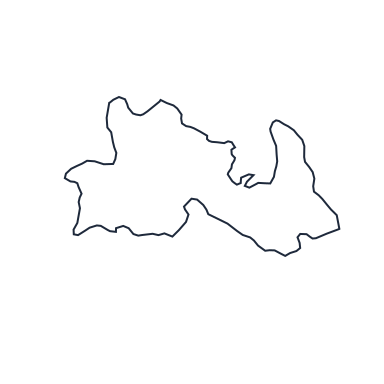 Pohang-si, North Gyeongsang, South Korea, rotated 321°
{"feature_id": "91817680B48442195707238", "entity_name": "Pohang-si", "entity_type": "district", "adm_level": 2, "iso_a3": "KOR", "parent_name": "South Korea", "parent_adm1": "North Gyeongsang", "projection": "orthographic", "projection_center": [129.325, 36.079], "detail": "fine", "context": "isolated", "style": "outline", "palette": "slate", "viewbox_px": 384, "rotation_deg": 321, "n_neighbors": 0, "source": "geoboundaries", "source_scale": "gbopen_adm2", "svg_char_len": 2237}
<svg xmlns="http://www.w3.org/2000/svg" viewBox="0 0 384 384"><g transform="rotate(321 192 192)"><path d="M183.8,70.6L172.4,80.6L166.8,88.6L166.8,94.7L162.1,103.2L159.7,108.3L157.8,114.0L153.1,118.2L148.4,120.6L140.9,114.9L135.7,106.9L130.1,101.7L124.5,100.8L118.8,99.3L112.7,97.9L105.6,98.4L101.9,101.2L104.2,107.3L107.0,110.1L108.4,113.0L107.0,116.7L105.1,123.8L101.3,125.6L97.6,128.5L94.7,134.1L83.4,143.9L76.3,146.7L73.5,150.5L74.1,151.2L76.3,153.8L84.8,154.8L90.0,155.3L97.0,158.1L99.8,160.9L102.6,168.5L103.6,170.8L107.8,175.1L110.2,172.3L117.2,175.1L120.0,180.3L120.0,187.8L122.8,192.1L126.1,194.0L135.1,199.7L138.8,204.4L144.5,206.8L148.7,214.3L157.7,213.4L168.5,211.5L175.1,207.3L175.6,201.1L176.6,198.3L187.4,196.9L191.2,201.1L192.6,209.2L192.1,214.8L190.7,219.5L199.7,238.9L202.5,250.7L204.4,257.3L208.6,263.9L209.6,268.6L209.6,275.2L211.9,283.7L215.7,286.1L219.5,289.4L222.3,296.0L224.2,300.3L229.9,301.2L236.0,303.6L240.8,303.6L243.6,299.3L245.5,293.6L249.7,292.7L254.5,296.9L255.4,300.7L256.4,304.0L259.2,305.9L270.6,309.2L282.8,313.3L283.3,313.4L289.9,301.1L289.0,293.1L288.9,287.0L288.9,279.4L288.4,274.2L287.0,268.5L289.8,263.8L295.5,258.6L298.3,252.5L298.8,246.3L298.8,239.7L301.1,235.5L308.2,227.0L310.5,220.8L310.0,213.7L310.0,208.1L308.1,201.5L306.2,197.3L304.3,191.6L302.4,189.2L298.6,188.8L292.5,192.1L291.1,194.5L288.3,202.5L286.4,209.1L281.3,216.2L277.5,221.8L273.7,225.1L269.5,228.0L265.2,231.8L258.2,234.6L254.4,231.3L249.2,226.6L246.4,226.1L239.3,224.7L236.9,220.5L241.2,218.6L250.4,217.6L247.3,214.1L239.2,211.8L237.1,213.9L235.5,215.7L231.5,214.5L230.7,211.8L230.1,209.1L230.3,206.6L230.9,200.8L232.0,200.0L233.0,199.6L237.6,198.3L240.5,195.6L242.3,195.0L245.0,194.0L246.9,192.5L246.5,189.0L246.7,187.5L249.2,184.0L250.0,184.0L253.5,184.4L253.8,181.3L254.2,178.4L251.9,175.3L247.8,174.3L243.0,169.3L239.0,165.5L237.4,163.0L237.0,160.3L239.2,157.8L236.4,150.3L233.6,143.7L231.7,140.4L228.9,137.1L227.4,132.4L229.8,128.1L232.6,125.3L233.1,117.8L232.1,113.1L228.4,107.0L225.5,100.7L223.7,101.3L214.7,101.3L208.2,101.3L203.0,100.9L200.2,99.9L197.3,96.6L195.5,93.8L195.5,86.3L196.9,83.0L198.3,77.8L195.0,72.2L188.9,70.8L187.0,70.8L184.7,70.8L183.8,70.6Z" fill="none" stroke="#1e293b" stroke-width="2"/></g></svg>